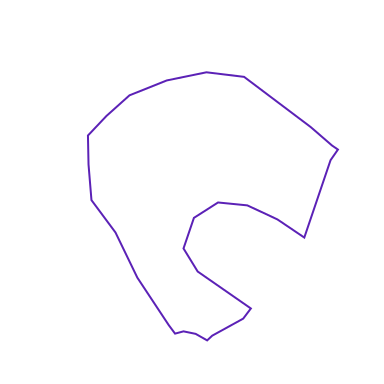 an SVG outline of Torbay, rotated 37°
{"feature_id": "GBR-2142", "entity_name": "Torbay", "entity_type": "Unitary Authority", "adm_level": 1, "iso_a3": "GBR", "parent_name": "United Kingdom", "parent_adm1": "", "projection": "natural_earth1", "projection_center": [-3.55, 50.443], "detail": "fine", "context": "isolated", "style": "outline", "palette": "violet", "viewbox_px": 384, "rotation_deg": 37, "n_neighbors": 0, "source": "natural_earth", "source_scale": "10m", "svg_char_len": 525}
<svg xmlns="http://www.w3.org/2000/svg" viewBox="0 0 384 384"><g transform="rotate(37 192 192)"><path d="M283.0,70.3L283.5,83.2L309.1,160.8L276.7,162.5L244.2,169.4L219.1,184.7L209.1,211.5L219.2,242.2L244.4,252.1L309.1,249.6L309.1,262.3L294.6,294.6L293.4,301.4L280.3,303.1L269.1,308.4L263.7,315.3L253.5,312.3L199.9,293.3L155.3,270.4L116.6,259.0L92.8,232.3L74.9,209.5L77.9,182.8L83.9,152.4L104.7,118.1L131.5,87.7L164.3,68.7L205.9,68.7L247.6,68.7L275.8,70.6L283.0,70.3Z" fill="none" stroke="#5b21b6" stroke-width="2"/></g></svg>